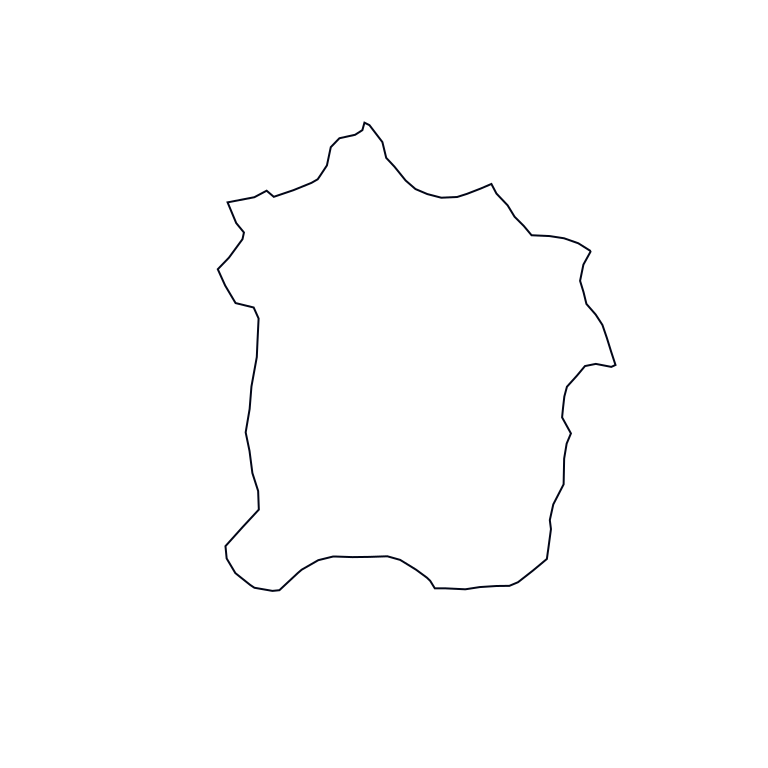 the district of Masally District, Masallı, Azerbaijan, rotated 314°
{"feature_id": "54616110B86237771899826", "entity_name": "Masally District", "entity_type": "district", "adm_level": 2, "iso_a3": "AZE", "parent_name": "Azerbaijan", "parent_adm1": "Masallı", "projection": "mercator", "projection_center": [48.706, 39.029], "detail": "fine", "context": "isolated", "style": "outline", "palette": "ink", "viewbox_px": 768, "rotation_deg": 314, "n_neighbors": 0, "source": "geoboundaries", "source_scale": "gbopen_adm2", "svg_char_len": 1534}
<svg xmlns="http://www.w3.org/2000/svg" viewBox="0 0 768 768"><g transform="rotate(314 384 384)"><path d="M441.5,165.3L428.3,161.0L406.0,145.3L397.1,165.9L395.7,178.0L389.9,181.6L367.2,184.7L351.1,184.7L344.5,201.3L339.1,221.0L348.5,237.1L344.0,248.3L327.1,263.1L315.0,273.8L290.1,290.4L272.7,304.7L253.1,318.1L242.4,333.8L228.5,351.2L219.6,367.8L206.7,381.2L182.6,381.7L157.2,382.6L155.8,384.3L149.2,392.0L144.7,408.5L146.5,427.3L147.4,432.3L157.7,447.5L163.0,452.0L188.0,453.3L193.3,453.8L211.6,459.1L224.5,467.2L226.6,469.4L237.5,481.5L249.5,493.6L262.4,506.1L268.7,517.8L272.7,536.1L274.5,549.5L274.5,554.0L272.3,562.5L275.2,565.5L280.0,570.5L292.8,585.1L304.5,594.0L316.8,605.2L325.9,614.4L334.5,618.1L353.0,620.7L371.3,622.7L376.2,619.1L379.4,616.8L395.6,604.9L401.3,597.8L415.0,589.4L436.6,582.9L455.5,565.4L468.0,556.8L478.3,552.8L483.7,535.3L490.9,529.6L500.3,522.4L509.1,517.5L524.0,517.0L536.5,516.1L545.6,522.4L554.2,535.6L555.9,536.3L558.5,537.3L565.0,525.0L571.9,512.4L578.2,500.1L581.0,488.0L582.2,474.0L588.7,463.7L594.4,453.4L608.4,444.5L622.1,440.8L623.3,440.4L623.2,440.4L620.2,426.0L613.9,412.3L605.4,400.3L593.5,386.8L594.8,374.7L595.0,361.8L598.4,348.8L599.1,332.6L602.5,322.3L591.8,317.8L578.4,311.6L569.3,306.7L557.8,295.8L550.7,283.2L546.1,271.2L545.4,258.2L547.6,240.5L548.2,228.5L556.9,214.8L560.1,193.7L558.4,188.4L551.6,192.1L543.2,190.1L529.8,181.2L517.4,181.2L501.6,191.1L490.4,193.2L485.2,194.1L478.3,192.1L460.5,184.2L442.1,174.7L441.5,165.3Z" fill="none" stroke="#020617" stroke-width="2"/></g></svg>